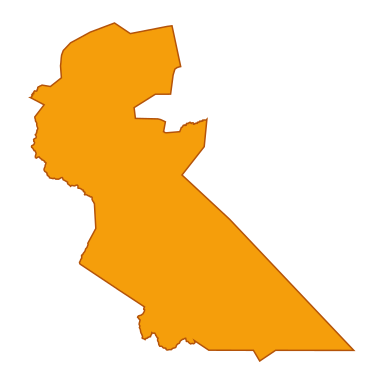 Bulolo District, Morobe, Papua New Guinea
{"feature_id": "67681753B86108611128530", "entity_name": "Bulolo District", "entity_type": "district", "adm_level": 2, "iso_a3": "PNG", "parent_name": "Papua New Guinea", "parent_adm1": "Morobe", "projection": "albers", "projection_center": [146.652, -7.383], "detail": "fine", "context": "isolated", "style": "filled", "palette": "amber", "viewbox_px": 384, "rotation_deg": 0, "n_neighbors": 0, "source": "geoboundaries", "source_scale": "gbopen_adm2", "svg_char_len": 5796}
<svg xmlns="http://www.w3.org/2000/svg" viewBox="0 0 384 384"><path d="M353.8,350.4L229.7,219.4L182.0,175.0L204.2,146.7L206.9,119.2L206.0,120.1L204.4,120.0L203.1,120.1L202.8,120.8L202.4,120.4L201.7,121.2L200.9,121.4L200.8,121.1L200.3,121.2L199.7,121.2L199.6,121.7L199.1,121.9L198.8,122.3L198.4,122.1L198.0,122.2L197.5,122.3L197.3,123.3L197.0,123.4L196.3,123.1L195.8,123.4L195.5,123.3L194.6,124.0L194.0,124.3L193.6,124.2L193.8,123.8L193.8,123.5L193.3,122.9L191.9,122.8L191.4,123.4L191.1,123.2L190.5,122.9L190.2,122.3L189.8,122.3L189.3,122.8L188.9,122.8L188.5,123.1L187.9,123.3L187.8,123.6L186.8,123.4L186.4,124.0L186.2,124.9L185.9,124.7L185.6,125.4L185.1,125.4L185.0,125.1L184.5,125.3L184.3,125.0L183.2,125.4L182.7,126.5L182.4,126.9L181.6,127.5L181.3,127.5L180.5,129.8L179.7,131.7L166.3,132.8L165.9,132.8L165.2,132.6L164.5,132.4L164.0,131.7L163.9,131.7L163.5,131.6L163.7,131.0L165.4,121.8L160.7,119.6L157.8,118.9L135.4,118.4L134.1,107.6L155.4,94.2L167.4,94.2L170.6,94.1L173.1,75.1L174.9,69.1L176.1,68.3L176.9,67.6L177.6,67.5L178.4,67.1L179.1,67.0L179.7,66.6L180.4,66.7L180.7,66.6L172.0,25.8L167.3,26.4L130.3,33.6L114.5,23.0L90.3,32.1L70.6,42.8L63.3,50.5L61.6,55.1L61.2,58.3L60.9,62.6L60.6,65.2L60.5,65.7L61.4,77.8L50.4,86.5L42.0,85.1L41.2,85.6L40.1,86.0L39.5,86.3L38.9,86.8L38.4,86.8L37.8,87.4L37.7,88.8L37.3,89.2L37.3,89.7L37.0,90.0L37.0,90.7L36.5,91.1L35.9,91.2L35.5,91.0L34.5,90.9L34.0,91.6L33.6,92.6L33.8,93.0L33.0,93.4L33.1,93.6L32.6,93.5L32.6,94.0L32.0,94.6L32.5,94.9L32.5,95.4L31.9,95.4L31.9,95.9L31.7,97.0L30.6,97.4L30.2,97.5L44.1,104.8L34.8,116.9L34.9,118.1L35.3,119.0L35.4,120.0L35.5,121.0L36.3,122.2L36.8,123.4L36.7,124.6L37.0,126.3L37.6,127.6L37.8,128.5L37.5,129.6L37.3,130.0L36.9,130.2L36.9,131.0L36.8,132.0L36.5,132.3L36.6,132.9L35.9,134.2L35.3,134.5L35.3,134.9L35.9,135.7L36.3,136.8L36.0,137.9L35.1,138.4L34.1,138.9L33.6,139.6L33.8,140.5L33.8,141.4L34.3,141.8L34.6,142.7L34.2,143.8L33.7,144.7L32.6,145.3L31.7,145.8L31.5,146.8L31.7,147.4L32.6,148.0L33.1,148.9L33.4,149.3L34.1,150.6L34.8,150.6L35.3,151.5L35.8,152.4L36.1,153.5L35.9,154.4L35.5,155.5L35.3,156.7L35.5,157.7L36.6,158.1L37.1,157.5L38.1,157.1L39.0,156.8L39.7,157.8L40.2,158.1L40.7,158.7L41.7,159.2L41.9,159.9L42.8,160.1L43.7,160.6L44.3,161.0L44.6,162.0L45.4,162.2L46.0,162.9L45.5,164.6L45.2,165.1L45.1,166.5L44.5,167.8L44.0,169.2L44.2,170.4L44.8,171.4L45.9,172.1L46.3,172.4L46.9,173.0L46.9,174.0L47.4,174.2L47.4,174.8L47.4,175.5L48.4,176.0L49.3,177.0L49.5,177.8L51.0,178.2L52.3,178.4L53.0,178.7L54.1,178.2L54.5,178.3L55.7,179.1L57.2,179.1L58.4,179.2L59.8,178.6L60.7,177.9L62.1,177.5L62.7,178.2L63.1,179.7L64.9,180.6L66.4,181.5L67.6,182.2L67.5,183.1L67.8,183.9L69.1,184.9L69.9,185.5L70.4,186.1L70.5,186.3L71.8,185.4L72.9,185.6L74.2,185.9L75.0,185.8L76.0,185.2L77.3,185.1L77.9,185.7L78.0,186.7L77.9,187.5L78.1,188.2L80.1,188.4L80.7,188.8L81.6,189.2L82.3,190.0L83.2,190.1L83.5,190.6L83.4,191.1L83.4,191.5L83.8,191.8L84.6,192.0L84.9,192.4L84.9,193.1L84.8,193.9L84.5,194.4L84.7,194.8L85.5,194.7L86.6,194.7L87.4,195.3L87.9,195.5L88.4,195.9L89.4,196.0L89.8,196.4L90.3,196.9L91.6,196.9L92.1,197.5L92.1,198.6L92.1,199.6L92.4,200.1L93.0,201.3L93.7,202.2L93.8,202.8L94.4,203.4L95.8,228.5L87.8,243.3L88.1,244.2L87.9,244.9L87.6,245.8L87.3,246.5L87.0,247.4L86.2,248.3L85.6,249.0L85.4,249.8L85.2,250.6L84.8,251.3L84.5,251.9L83.9,252.5L83.6,253.0L83.1,253.5L83.0,254.1L82.5,254.9L81.7,255.1L81.5,256.0L81.8,256.6L81.7,257.3L81.7,257.8L81.5,258.1L81.6,258.6L80.9,259.2L80.5,260.2L80.1,261.4L79.5,262.2L79.7,263.4L80.1,264.1L119.3,290.3L135.6,301.0L144.5,306.9L144.4,307.1L144.3,307.5L144.0,307.8L143.8,308.6L143.7,309.0L143.8,309.4L144.4,309.5L144.6,309.7L144.5,310.4L144.4,311.1L144.2,311.6L143.6,312.6L142.9,313.9L142.2,314.3L141.5,314.9L141.1,315.2L140.4,315.3L139.5,315.6L138.5,315.9L138.2,316.2L137.9,316.5L137.6,317.1L137.6,317.4L138.5,318.1L138.8,318.8L140.0,319.8L140.1,320.1L140.0,320.5L139.7,321.2L139.7,321.9L139.4,322.5L139.3,323.1L139.1,324.0L139.2,324.7L139.5,325.2L139.8,325.8L139.8,326.3L139.6,327.0L139.4,327.7L139.9,328.5L140.2,329.2L140.4,329.9L140.5,330.5L140.6,331.4L140.9,332.6L141.1,333.2L141.7,334.1L141.8,334.6L142.1,335.2L142.4,336.1L142.5,336.9L142.4,337.4L142.1,337.8L142.1,338.0L142.7,338.5L143.9,338.7L144.2,339.1L144.7,339.3L145.1,339.6L145.9,338.4L146.1,338.3L146.7,338.4L147.2,338.2L147.7,337.8L147.9,337.4L148.2,337.4L148.5,337.4L149.0,337.0L149.3,336.8L149.7,336.8L150.5,336.7L150.6,336.1L150.6,335.5L151.1,335.1L151.3,334.6L151.5,334.4L151.7,333.9L151.7,333.4L151.7,332.9L151.8,332.7L152.0,333.0L152.3,333.1L153.1,333.1L153.9,333.2L154.7,333.1L155.1,333.8L155.5,334.3L155.6,334.8L155.8,335.4L156.2,335.8L156.4,336.2L156.7,336.8L157.3,337.7L157.8,337.9L158.0,338.1L158.0,338.4L157.6,339.1L157.6,339.5L157.6,340.4L157.7,340.9L158.2,341.7L158.5,342.4L158.6,343.1L158.8,344.6L159.2,345.3L159.7,346.2L159.9,346.3L160.9,346.2L161.4,346.2L162.0,346.5L162.4,346.9L162.9,347.5L163.4,348.0L164.1,348.0L164.7,348.1L165.4,348.1L165.8,348.2L166.0,348.5L165.9,349.0L166.1,349.3L166.5,349.8L167.2,350.0L168.1,349.9L168.7,349.7L169.7,349.6L170.2,349.6L171.0,349.7L171.6,349.5L171.8,349.3L172.1,348.7L172.7,348.4L173.5,348.1L174.5,347.9L175.4,347.6L175.7,347.4L176.0,346.8L176.5,345.3L177.7,343.9L178.2,343.8L178.7,343.5L179.3,343.2L179.6,342.7L179.8,342.2L180.0,341.6L180.3,341.1L181.0,340.4L181.6,340.1L182.0,339.7L182.5,339.3L182.9,339.2L183.6,339.2L184.1,338.9L184.3,338.6L185.2,338.3L185.7,338.3L185.8,338.7L185.8,339.2L186.0,339.6L186.1,340.0L186.3,340.6L186.3,341.2L186.4,341.4L186.7,341.5L187.4,341.4L188.0,341.5L188.2,341.8L188.7,342.5L189.1,342.8L189.6,343.3L189.9,343.4L190.4,343.8L190.5,343.9L192.4,343.4L193.1,343.7L193.8,343.7L194.6,343.1L195.0,342.5L194.8,341.8L194.6,341.0L194.4,340.6L208.8,350.2L253.4,350.3L259.7,361.0L275.6,350.3L353.8,350.4Z" fill="#f59e0b" stroke="#b45309" stroke-width="1.5"/></svg>